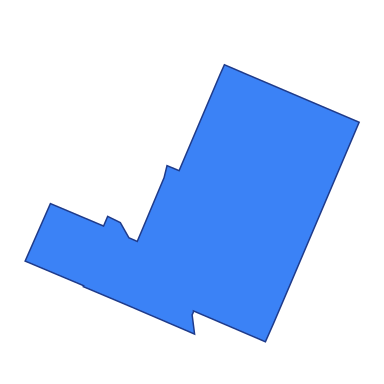 the district of Geary, Kansas, United States of America, rotated 293°
{"feature_id": "52423323B10299341155565", "entity_name": "Geary", "entity_type": "district", "adm_level": 2, "iso_a3": "USA", "parent_name": "United States of America", "parent_adm1": "Kansas", "projection": "mercator", "projection_center": [-96.82, 39.045], "detail": "fine", "context": "isolated", "style": "filled", "palette": "blue", "viewbox_px": 384, "rotation_deg": 293, "n_neighbors": 0, "source": "geoboundaries", "source_scale": "gbopen_adm2", "svg_char_len": 505}
<svg xmlns="http://www.w3.org/2000/svg" viewBox="0 0 384 384"><g transform="rotate(293 192 192)"><path d="M62.4,128.9L62.5,181.4L62.2,249.9L79.0,240.1L80.4,240.2L80.8,240.2L82.5,240.1L83.1,239.8L82.8,318.1L103.3,318.4L145.0,318.5L321.5,318.6L321.7,193.0L321.8,172.1L311.3,171.9L221.6,171.8L206.6,171.8L206.5,158.7L194.3,160.7L139.1,160.9L125.1,160.9L125.2,151.8L135.8,138.0L136.6,123.9L126.1,123.9L126.0,66.2L63.2,65.4L63.4,128.9L62.4,128.9Z" fill="#3b82f6" stroke="#1e3a8a" stroke-width="1.5"/></g></svg>